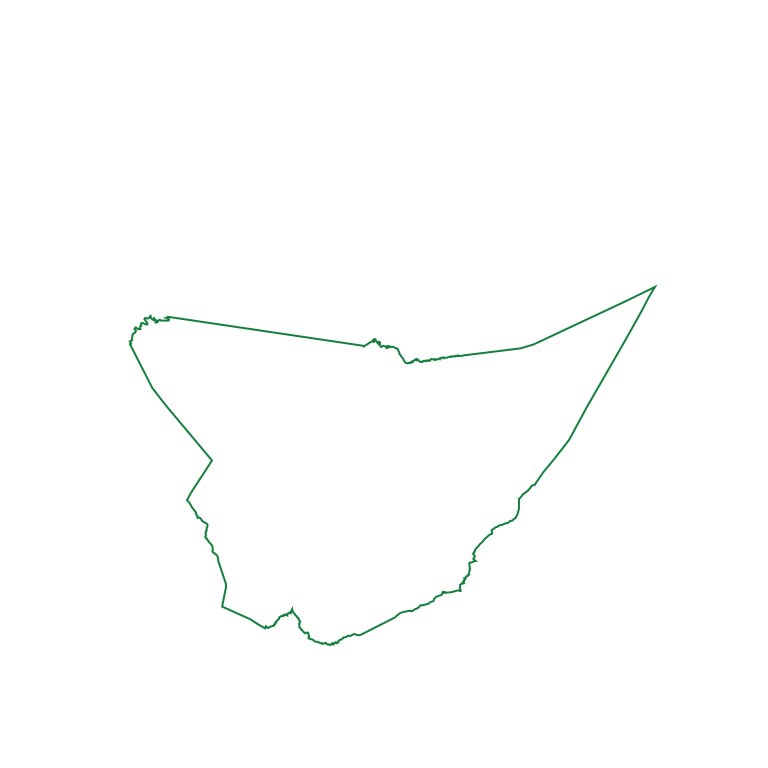 outline of Monze, Southern, Zambia, rotated 319°
{"feature_id": "96606910B87508974482320", "entity_name": "Monze", "entity_type": "district", "adm_level": 2, "iso_a3": "ZMB", "parent_name": "Zambia", "parent_adm1": "Southern", "projection": "orthographic", "projection_center": [27.347, -16.129], "detail": "fine", "context": "isolated", "style": "outline", "palette": "green", "viewbox_px": 768, "rotation_deg": 319, "n_neighbors": 0, "source": "geoboundaries", "source_scale": "gbopen_adm2", "svg_char_len": 6130}
<svg xmlns="http://www.w3.org/2000/svg" viewBox="0 0 768 768"><g transform="rotate(319 384 384)"><path d="M621.9,480.4L522.8,452.3L510.3,446.6L464.3,415.6L459.8,412.9L459.3,412.1L458.5,411.7L458.5,410.8L457.4,410.9L456.8,410.2L456.6,410.3L455.7,409.7L455.7,409.2L454.8,409.0L454.5,408.5L453.0,408.0L452.9,407.4L452.3,407.3L451.8,407.0L451.8,406.6L449.0,405.5L446.7,403.9L446.2,403.9L446.4,403.1L445.8,402.5L445.1,402.4L444.8,402.1L444.1,402.1L444.1,401.8L443.3,401.3L442.7,401.7L442.7,401.2L441.8,401.1L440.6,400.6L440.3,400.1L439.0,399.8L438.9,398.7L438.2,398.2L437.9,398.7L436.1,396.2L435.6,396.0L434.0,396.5L433.7,396.1L433.3,396.2L432.8,395.1L432.4,395.1L431.8,394.4L431.2,394.6L431.0,394.2L430.3,394.0L430.2,393.3L429.6,393.1L429.0,392.5L428.2,392.6L428.0,392.2L427.2,392.3L426.5,391.4L426.2,391.5L425.6,390.3L425.6,387.5L425.0,387.3L424.5,387.5L424.6,386.9L424.0,387.1L423.6,386.8L423.3,386.3L423.7,386.3L423.8,386.1L421.0,385.7L420.5,386.3L420.0,385.6L419.4,385.8L419.0,385.7L419.0,385.4L418.6,385.5L418.2,385.2L417.8,385.6L417.1,384.5L416.3,384.4L415.3,383.8L414.3,382.5L414.2,380.8L415.1,376.9L415.0,375.2L415.5,372.8L415.3,371.7L416.2,370.2L417.3,366.1L416.6,365.6L416.0,363.5L415.3,362.1L413.7,360.4L412.7,360.2L412.8,358.9L411.3,357.6L410.8,358.1L410.7,359.1L409.9,359.0L409.5,358.4L409.9,356.9L408.6,354.9L407.3,354.6L406.0,354.0L406.0,353.5L406.6,352.3L406.1,351.6L406.3,350.5L407.7,350.6L408.4,349.6L408.2,349.1L407.4,348.9L406.4,349.6L406.1,349.6L405.8,349.2L406.5,347.5L406.1,345.9L406.9,344.6L406.6,344.0L405.1,343.7L404.4,345.5L404.0,345.7L403.6,345.2L404.0,344.0L393.5,342.4L393.8,342.0L265.0,191.5L263.6,191.5L263.0,191.2L264.2,193.6L264.1,194.3L263.4,194.8L262.5,194.4L257.6,190.1L257.2,189.6L257.0,188.6L256.4,188.1L255.3,188.1L254.1,188.7L252.2,188.2L251.9,187.7L252.2,187.4L253.5,187.4L253.9,186.9L253.7,185.9L252.5,185.2L253.5,184.2L253.7,183.4L253.4,183.3L252.7,184.0L252.1,184.2L251.4,183.4L251.6,180.8L252.5,179.5L251.8,179.4L250.0,180.1L248.2,179.2L247.4,177.9L246.7,177.5L245.7,177.9L245.3,182.9L244.3,183.8L243.0,182.3L242.0,179.7L240.4,178.9L239.8,179.3L239.2,180.8L238.1,180.6L237.5,180.7L236.1,182.8L235.5,182.5L234.3,180.8L234.0,178.9L233.5,178.3L233.2,178.3L231.9,178.7L231.6,179.0L231.8,180.9L231.2,181.4L230.1,181.9L227.9,181.5L226.0,182.1L225.2,183.1L223.5,184.1L222.8,185.7L222.0,185.8L220.1,185.1L219.7,187.5L219.2,187.8L218.4,187.4L206.5,235.1L205.3,257.5L204.0,328.9L166.8,339.5L159.0,342.5L159.2,345.3L158.6,349.5L158.3,349.9L157.8,357.8L157.1,358.1L156.6,359.5L156.8,360.8L155.8,362.1L155.6,363.0L156.4,363.0L157.3,364.3L157.2,365.1L157.5,366.0L157.0,367.3L157.1,369.2L158.6,372.8L158.5,374.4L156.7,376.1L155.6,376.4L154.2,378.0L153.5,378.1L153.3,378.6L152.7,378.5L152.5,378.9L151.4,379.5L150.9,380.9L148.7,382.2L148.9,383.2L148.5,383.9L148.8,384.7L148.5,385.1L148.5,387.3L148.2,388.1L148.3,393.1L147.7,394.6L146.7,395.6L145.9,397.1L144.8,397.5L144.4,398.2L144.8,400.2L145.2,400.8L145.0,401.9L145.5,402.8L145.3,404.6L144.4,406.6L142.8,408.9L133.5,431.3L131.8,433.4L115.8,445.8L128.6,473.5L131.3,482.7L134.0,490.5L136.0,489.4L136.5,492.2L139.2,492.6L142.0,494.1L142.4,493.8L142.8,494.0L143.1,493.5L143.4,493.7L144.3,493.7L144.6,493.3L145.2,493.3L145.8,492.6L146.4,493.2L148.3,492.2L149.4,492.5L150.8,492.2L151.5,491.5L152.1,491.7L152.3,491.5L154.4,491.8L155.5,492.8L155.7,492.5L156.0,492.5L156.1,493.0L156.5,493.0L156.7,492.6L157.7,492.9L157.7,493.3L158.7,493.4L158.9,494.0L158.8,494.5L159.1,495.1L159.6,494.3L160.2,494.6L160.8,494.0L163.1,495.0L163.3,495.5L163.7,494.7L164.0,494.8L163.8,495.2L164.4,495.2L165.2,494.4L167.0,493.7L166.3,494.7L165.7,496.8L165.8,498.5L165.4,500.4L165.8,502.0L165.4,503.2L165.9,504.1L165.5,504.6L165.7,505.2L165.0,505.8L164.9,508.3L164.2,508.9L163.1,509.0L162.5,509.3L162.0,510.6L160.6,511.9L160.7,513.6L160.3,515.1L160.9,515.9L160.5,517.2L160.6,518.9L161.0,519.4L160.8,520.1L163.3,521.4L163.5,522.1L162.8,523.2L161.9,525.6L160.9,525.6L160.2,526.5L162.5,530.3L162.9,532.7L163.8,534.3L164.7,534.9L166.0,538.0L167.1,538.7L166.9,539.7L170.3,541.2L170.2,543.0L170.6,543.7L171.7,544.4L172.0,545.7L173.0,546.0L173.4,545.7L174.7,546.5L174.5,546.2L174.9,545.9L175.1,546.7L175.4,546.7L175.1,547.3L177.0,547.3L177.5,547.7L177.8,547.4L177.9,548.0L178.6,548.8L179.4,548.4L179.6,548.8L180.2,549.0L180.5,548.4L181.2,548.1L183.0,548.1L184.3,549.0L184.6,548.8L186.0,549.0L186.8,548.6L189.5,550.2L190.7,550.1L191.8,550.4L192.8,551.9L197.3,553.0L198.2,554.1L198.8,555.4L200.1,557.1L201.8,558.0L239.2,567.4L241.9,567.2L245.2,567.4L247.5,568.0L254.8,572.0L255.1,573.0L256.5,573.9L259.3,574.2L262.4,575.3L264.3,575.3L265.9,574.9L267.5,575.6L267.6,576.3L269.8,577.1L270.4,577.7L271.4,577.9L273.2,579.0L275.7,579.0L279.0,580.3L280.9,579.0L284.0,578.9L289.3,581.0L292.1,579.5L293.2,580.6L292.5,581.2L293.2,581.7L298.4,585.4L304.3,588.2L304.9,588.6L305.4,589.9L306.0,590.5L306.5,590.0L307.6,587.7L309.8,585.4L311.9,585.9L312.7,586.4L312.7,587.1L312.8,586.7L313.2,586.8L313.1,586.3L313.4,586.5L313.4,586.1L313.9,586.1L314.0,585.4L314.6,585.4L315.1,584.8L315.8,584.9L315.5,584.7L316.2,584.5L316.1,584.9L317.0,584.5L317.1,584.3L316.6,584.2L317.0,583.5L317.3,583.9L318.2,583.7L318.5,584.0L319.3,583.2L321.5,583.4L321.8,583.8L322.4,583.4L322.9,583.6L322.8,583.1L326.3,581.0L326.8,580.1L327.6,580.1L329.9,576.1L331.1,575.1L331.4,575.0L332.6,576.0L335.5,576.8L337.1,577.8L336.7,574.5L339.4,573.9L339.7,573.2L339.5,572.1L340.1,571.0L339.9,570.4L340.6,570.3L341.5,570.5L342.0,569.8L343.0,569.8L343.5,569.1L345.1,568.6L349.6,568.3L350.7,567.8L354.8,567.8L357.3,567.1L364.5,567.0L367.3,567.9L368.1,567.3L368.9,565.3L369.5,564.9L374.2,565.4L376.4,566.3L377.2,566.1L380.0,567.2L381.5,568.2L383.2,568.4L386.6,570.2L389.0,570.1L391.6,571.4L393.3,571.0L395.2,571.5L398.9,570.1L404.0,566.7L410.6,559.1L411.7,559.3L413.1,559.2L416.9,558.3L417.7,558.7L419.4,558.5L419.9,558.9L420.7,558.7L421.4,559.0L422.7,559.0L423.2,558.7L426.9,558.4L427.3,557.9L428.0,557.8L430.0,558.0L430.6,558.6L431.7,559.0L432.2,558.6L433.1,558.7L434.1,558.2L446.3,555.1L463.3,552.3L487.1,547.6L521.4,534.7L595.1,509.2L626.2,498.0L641.4,492.0L652.2,488.5L621.9,480.4Z" fill="none" stroke="#15803d" stroke-width="2"/></g></svg>